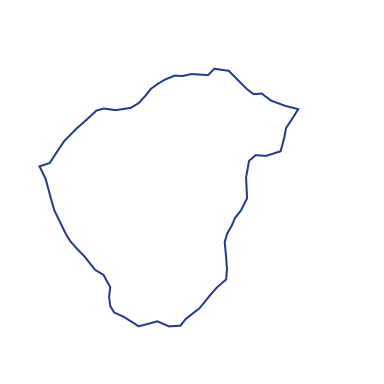 Leonarisso, Cyprus, rotated 154°
{"feature_id": "46923920B82945546489957", "entity_name": "Leonarisso", "entity_type": "district", "adm_level": 2, "iso_a3": "CYP", "parent_name": "Cyprus", "parent_adm1": "", "projection": "robinson", "projection_center": [34.124, 35.465], "detail": "fine", "context": "isolated", "style": "outline", "palette": "blue", "viewbox_px": 384, "rotation_deg": 154, "n_neighbors": 0, "source": "geoboundaries", "source_scale": "gbopen_adm2", "svg_char_len": 985}
<svg xmlns="http://www.w3.org/2000/svg" viewBox="0 0 384 384"><g transform="rotate(154 192 192)"><path d="M60.2,219.9L70.3,228.4L80.9,239.5L86.2,249.9L93.7,252.9L97.5,260.3L102.1,273.7L105.8,284.8L118.0,293.0L126.3,290.0L140.7,298.2L149.7,300.4L156.6,304.2L167.2,304.9L175.5,304.2L183.8,302.7L191.4,299.0L201.2,295.2L210.3,294.5L224.7,299.0L234.5,305.6L242.1,307.1L254.2,303.4L267.8,299.7L284.5,293.8L293.6,288.6L307.2,280.4L317.8,281.9L317.8,267.8L321.6,248.4L323.8,235.8L323.8,222.4L323.8,209.8L323.1,201.6L320.0,190.5L317.0,181.6L313.2,164.5L307.9,156.3L307.2,142.2L312.5,134.1L315.5,125.1L314.7,117.7L307.9,109.5L298.8,94.7L288.3,92.5L279.9,91.0L271.6,81.3L261.0,76.9L253.4,80.6L236.0,84.3L220.1,91.7L211.1,95.4L199.7,98.4L194.4,107.3L189.9,118.5L184.6,132.6L178.5,139.3L170.9,144.5L164.9,149.7L155.8,154.1L145.2,162.3L136.9,181.6L127.0,195.0L118.7,197.2L109.6,192.0L94.5,189.8L85.4,200.2L79.4,208.3L68.0,215.0L60.2,219.9Z" fill="none" stroke="#1e3a8a" stroke-width="2"/></g></svg>